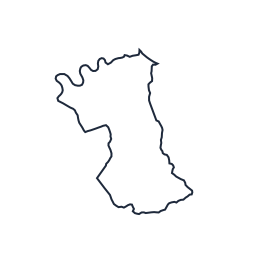 outline of Itajaí, Santa Catarina, Brazil, rotated 299°
{"feature_id": "56859067B36867001106125", "entity_name": "Itajaí", "entity_type": "district", "adm_level": 2, "iso_a3": "BRA", "parent_name": "Brazil", "parent_adm1": "Santa Catarina", "projection": "orthographic", "projection_center": [-48.747, -26.968], "detail": "fine", "context": "isolated", "style": "outline", "palette": "slate", "viewbox_px": 256, "rotation_deg": 299, "n_neighbors": 0, "source": "geoboundaries", "source_scale": "gbopen_adm2", "svg_char_len": 2638}
<svg xmlns="http://www.w3.org/2000/svg" viewBox="0 0 256 256"><g transform="rotate(299 128 128)"><path d="M198.6,122.6L198.4,120.6L198.3,117.9L198.5,114.9L198.7,112.6L199.0,110.1L199.6,106.9L200.1,104.3L201.2,102.4L201.8,100.2L199.4,101.4L197.2,101.7L195.5,99.7L193.4,97.0L191.1,95.0L190.9,92.0L190.1,89.7L188.4,89.9L186.9,88.9L185.6,87.4L184.4,85.7L182.2,83.5L180.2,82.2L176.8,81.3L174.0,79.5L174.4,76.6L176.2,74.9L176.9,72.9L176.3,71.1L174.6,69.8L172.3,69.5L169.8,70.4L167.4,72.2L164.7,73.0L162.2,71.9L160.9,69.8L160.9,67.6L161.9,65.2L162.8,62.6L162.5,60.6L161.0,58.6L159.0,57.5L157.2,57.4L154.5,58.2L152.4,59.9L151.4,61.5L150.1,63.6L148.1,65.8L146.0,66.7L143.5,66.8L141.8,65.5L140.7,63.7L139.8,60.9L140.0,58.2L141.4,55.8L143.1,52.7L144.2,49.9L144.3,46.2L142.2,42.4L140.1,40.8L138.3,40.1L136.1,40.8L134.7,42.8L134.4,45.5L133.9,47.4L133.0,49.3L131.3,51.1L129.4,52.6L127.6,53.1L125.8,53.1L123.9,52.7L122.2,52.1L119.9,51.8L117.9,53.8L118.0,56.6L118.1,59.2L118.0,62.8L117.9,67.5L118.2,70.7L117.7,73.0L116.2,74.9L114.7,77.8L112.6,79.4L110.6,81.1L108.9,82.9L107.5,85.5L106.2,87.9L104.4,90.7L103.7,92.6L105.8,94.3L107.8,96.4L109.9,98.3L111.9,100.1L114.1,102.0L116.0,103.7L117.9,105.2L119.8,107.4L119.1,110.3L117.5,112.3L115.7,114.3L114.1,115.9L112.1,116.8L110.3,118.6L107.2,118.9L105.2,118.4L103.2,119.4L101.9,121.1L100.4,123.2L97.9,125.8L95.1,127.3L93.0,127.1L90.9,127.2L88.6,127.0L86.1,126.3L84.4,126.9L69.1,125.2L65.0,134.5L64.1,136.5L60.7,144.7L59.1,146.5L57.5,148.3L56.2,150.3L54.7,152.5L54.3,155.4L54.2,158.1L56.0,160.5L56.4,163.0L58.1,164.1L60.5,165.4L62.2,166.8L62.9,168.6L61.5,170.3L60.1,172.4L57.5,172.6L56.9,175.3L57.4,177.4L58.1,179.4L60.7,180.8L61.9,182.8L62.2,184.7L63.5,186.5L65.5,189.2L67.1,191.6L68.0,193.7L69.0,195.8L71.2,196.8L72.9,198.3L74.6,200.0L77.5,200.0L80.5,200.0L82.2,200.5L84.1,202.2L85.9,204.4L86.3,206.5L88.7,207.4L90.7,209.0L92.2,211.2L95.1,212.2L97.1,213.3L99.6,214.2L100.8,215.9L102.8,215.5L104.3,214.4L104.7,212.0L105.2,208.8L106.1,205.9L107.8,204.6L109.3,202.3L108.9,199.0L108.9,197.0L108.9,193.7L109.6,191.0L109.9,188.3L111.7,187.7L113.7,187.1L115.8,187.2L117.2,185.6L117.8,183.7L117.1,181.4L119.7,179.7L122.0,177.7L123.3,175.0L122.6,172.7L122.9,170.6L124.4,169.3L125.2,167.5L126.4,166.0L128.5,165.2L131.0,164.4L133.5,162.6L136.3,162.0L140.0,160.2L143.0,159.2L144.6,157.8L145.7,156.3L147.3,153.7L148.6,151.7L148.4,149.1L159.9,135.7L162.3,133.1L165.5,131.3L167.2,130.9L169.3,130.4L171.2,128.0L174.1,125.9L176.1,124.7L178.2,125.2L180.7,126.3L183.3,125.0L185.5,123.1L187.1,121.7L189.1,121.1L191.7,119.8L193.5,118.9L195.6,119.2L196.7,121.4L198.6,122.6Z" fill="none" stroke="#1e293b" stroke-width="2"/></g></svg>